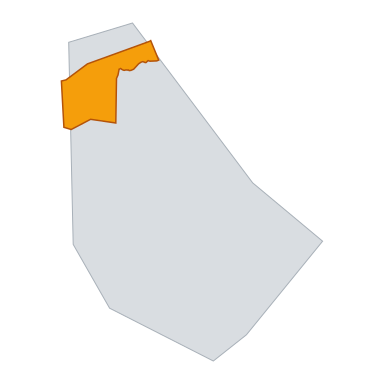 where Saint Peter sits in Barbados
{"feature_id": "BRB-1997", "entity_name": "Saint Peter", "entity_type": "Parish", "adm_level": 1, "iso_a3": "BRB", "parent_name": "Barbados", "parent_adm1": "", "projection": "robinson", "projection_center": [-59.597, 13.271], "detail": "fine", "context": "in_parent", "style": "filled", "palette": "amber", "viewbox_px": 384, "rotation_deg": 0, "n_neighbors": 0, "source": "natural_earth", "source_scale": "10m", "svg_char_len": 835}
<svg xmlns="http://www.w3.org/2000/svg" viewBox="0 0 384 384"><path d="M246.4,334.8L213.3,361.0L109.6,308.2L73.2,244.4L68.7,42.3L132.5,23.0L252.7,182.9L322.6,241.2L246.4,334.8Z" fill="#d9dde1" stroke="#a8b0b8" stroke-width="1"/><path d="M150.7,40.6L158.7,60.1L156.8,60.9L150.0,61.2L148.4,60.8L148.3,60.6L148.0,60.6L146.1,62.5L145.4,62.6L144.9,62.5L144.5,62.2L144.1,62.1L143.5,61.9L142.9,61.6L141.2,62.1L138.6,63.8L133.7,69.2L130.9,70.4L129.2,70.6L128.5,70.1L128.1,69.9L127.8,70.0L127.4,70.1L127.1,70.1L126.2,69.9L125.6,70.0L125.2,70.1L124.6,70.3L124.0,70.3L123.0,70.0L122.2,69.6L121.5,69.2L121.2,68.8L120.8,68.7L120.5,68.5L120.2,68.7L119.8,69.0L119.1,69.2L118.0,75.0L116.5,78.4L115.8,123.0L90.6,119.3L71.2,129.5L63.9,127.3L61.4,81.0L66.0,79.9L87.4,63.9L149.6,41.3L150.7,40.6Z" fill="#f59e0b" stroke="#b45309" stroke-width="1.5"/></svg>